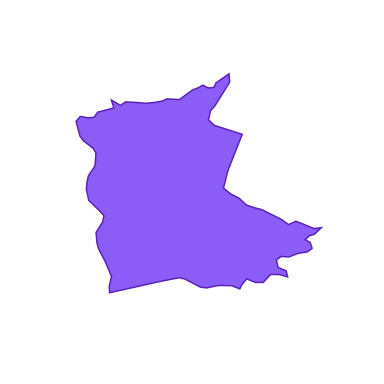 Casinhas, Pernambuco, Brazil (Natural Earth projection), rotated 291°
{"feature_id": "56859067B79988983396987", "entity_name": "Casinhas", "entity_type": "district", "adm_level": 2, "iso_a3": "BRA", "parent_name": "Brazil", "parent_adm1": "Pernambuco", "projection": "natural_earth1", "projection_center": [-35.716, -7.762], "detail": "fine", "context": "isolated", "style": "filled", "palette": "violet", "viewbox_px": 384, "rotation_deg": 291, "n_neighbors": 0, "source": "geoboundaries", "source_scale": "gbopen_adm2", "svg_char_len": 1297}
<svg xmlns="http://www.w3.org/2000/svg" viewBox="0 0 384 384"><g transform="rotate(291 192 192)"><path d="M68.4,151.1L98.5,196.5L107.4,210.8L108.2,216.2L107.4,223.8L106.2,234.0L107.7,240.0L111.3,245.6L114.2,250.2L116.5,256.3L118.7,262.4L118.7,271.3L123.9,271.9L130.5,274.2L130.3,283.8L133.1,290.9L143.2,294.9L146.2,303.1L147.0,311.7L152.1,308.2L152.4,299.6L158.8,295.1L163.6,298.1L166.2,305.9L172.9,313.2L177.5,321.3L182.4,324.3L187.3,320.4L188.0,314.7L193.2,317.2L196.2,321.3L205.0,325.5L201.6,318.9L201.9,306.7L201.9,299.5L196.2,293.8L198.5,285.2L199.6,273.4L200.6,263.5L199.6,255.5L199.3,247.5L203.2,237.9L203.9,229.6L206.8,220.0L224.5,217.9L231.7,217.9L263.8,218.2L262.2,189.1L265.3,181.5L274.5,180.2L280.7,182.5L293.8,185.1L308.1,187.8L315.6,184.2L302.5,175.3L297.4,174.9L295.0,169.9L295.6,163.7L291.7,160.6L287.6,156.0L273.8,147.1L269.9,135.1L266.1,131.5L261.9,124.4L258.3,117.2L256.1,109.4L252.4,97.8L247.3,94.2L248.9,83.9L242.5,88.9L239.4,84.7L232.9,75.5L226.6,73.7L224.0,68.3L222.5,60.6L216.3,58.5L204.0,67.4L200.9,72.3L197.3,84.1L194.0,88.3L186.8,90.6L181.3,92.1L170.1,89.5L163.6,90.4L156.5,92.5L147.2,98.6L141.3,112.5L138.2,118.4L131.6,119.3L119.8,116.9L110.3,121.6L105.6,125.0L95.4,136.5L84.3,147.1L74.6,148.5L68.4,151.1Z" fill="#8b5cf6" stroke="#5b21b6" stroke-width="1.5"/></g></svg>